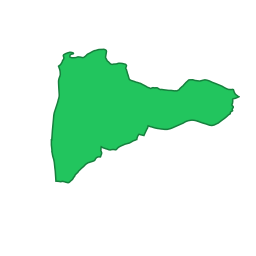 Tandahimba, Mtwara, United Republic of Tanzania (Mercator projection), rotated 114°
{"feature_id": "72390352B76468761426294", "entity_name": "Tandahimba", "entity_type": "district", "adm_level": 2, "iso_a3": "TZA", "parent_name": "United Republic of Tanzania", "parent_adm1": "Mtwara", "projection": "mercator", "projection_center": [39.541, -10.663], "detail": "fine", "context": "isolated", "style": "filled", "palette": "green", "viewbox_px": 256, "rotation_deg": 114, "n_neighbors": 0, "source": "geoboundaries", "source_scale": "gbopen_adm2", "svg_char_len": 5661}
<svg xmlns="http://www.w3.org/2000/svg" viewBox="0 0 256 256"><g transform="rotate(114 128 128)"><path d="M54.5,39.4L54.3,39.4L54.4,39.8L54.3,40.4L53.7,42.8L53.4,43.6L53.0,44.4L52.3,45.2L51.5,46.1L51.1,46.4L50.1,47.3L50.2,48.2L50.4,48.5L50.9,49.3L51.7,51.4L51.9,51.9L52.0,52.6L52.0,54.7L51.9,56.1L51.8,57.4L51.6,58.6L51.6,59.6L51.6,61.0L51.8,66.6L52.0,69.5L51.9,72.9L52.2,75.3L52.5,76.6L52.9,77.6L54.0,79.1L55.8,81.4L56.0,81.7L56.1,82.0L56.4,83.1L56.7,84.0L56.9,84.8L57.4,86.4L57.4,87.1L57.6,88.5L58.6,90.6L59.1,91.6L59.5,92.1L61.2,92.8L62.7,93.5L63.9,93.9L65.5,94.4L66.0,94.6L67.2,94.9L68.0,95.4L69.9,96.2L70.5,96.5L72.2,96.9L72.7,97.1L73.1,97.6L73.7,98.0L74.1,98.4L74.6,99.2L74.7,99.8L75.1,100.4L75.6,102.1L76.1,103.8L77.0,105.9L77.3,106.7L77.8,108.5L78.0,109.1L78.5,110.7L78.8,111.9L79.0,112.6L79.2,113.1L79.3,113.5L79.7,113.9L79.7,114.2L79.8,114.9L79.7,115.6L79.6,116.2L79.4,117.3L79.5,118.0L79.8,118.5L80.0,119.1L80.4,119.6L80.6,120.0L80.6,120.5L81.1,121.8L81.5,122.3L82.6,123.2L82.7,123.6L82.7,124.5L82.7,125.2L82.7,125.7L82.9,126.3L82.9,126.6L82.6,128.3L82.5,130.0L82.4,130.8L82.4,132.0L82.2,134.0L82.2,135.2L82.4,136.1L82.5,137.7L82.7,138.5L82.8,139.1L82.9,140.3L82.9,141.2L83.2,143.7L83.3,144.4L83.2,145.6L83.1,146.4L82.4,147.2L80.7,148.6L79.6,149.5L78.7,150.4L77.6,151.3L76.7,152.0L76.2,152.5L75.3,153.2L75.0,153.6L74.6,154.3L74.3,154.5L74.0,154.6L73.0,154.5L71.7,154.7L71.4,154.9L71.2,155.3L71.0,155.7L70.8,156.1L71.3,159.2L71.7,160.5L72.1,161.6L72.5,162.6L73.1,163.5L73.9,164.2L74.1,164.6L74.5,165.2L75.1,166.4L75.5,167.2L75.9,167.6L76.3,168.3L76.5,168.9L76.6,169.9L76.5,170.4L75.8,172.0L75.6,172.6L75.4,173.0L75.3,173.9L74.9,174.6L73.8,175.8L73.5,176.4L72.8,177.1L72.5,177.3L71.0,177.7L68.6,178.3L67.2,178.7L66.8,178.8L66.4,179.1L66.1,179.4L65.8,180.1L65.8,181.0L65.9,182.1L66.9,183.9L67.3,184.8L68.0,186.3L68.5,187.0L70.4,189.2L70.9,190.0L71.6,190.7L72.4,191.4L75.1,193.4L77.0,195.0L77.6,195.3L78.8,195.7L80.1,196.3L81.2,196.9L81.7,197.4L81.9,197.7L82.2,198.2L82.3,198.8L82.6,200.3L82.9,201.2L83.1,201.9L83.3,202.4L83.7,203.1L84.3,203.6L85.1,204.6L86.1,206.6L86.7,207.9L86.8,208.9L86.8,209.5L86.8,209.9L86.6,210.1L86.2,210.3L85.7,210.5L85.2,210.5L84.7,210.5L84.4,210.4L83.5,209.6L83.2,209.3L83.1,209.0L82.8,208.6L82.4,208.2L82.0,208.2L81.8,208.5L81.7,208.9L81.8,209.7L82.0,210.6L82.3,211.6L82.6,212.2L83.1,212.7L84.0,213.8L85.2,215.0L85.8,215.5L86.8,216.2L87.2,216.5L87.7,216.6L88.0,216.6L88.3,216.5L89.2,215.8L89.6,215.3L90.1,215.0L90.9,214.9L91.5,214.8L92.0,214.9L92.3,215.1L92.6,215.1L93.2,215.2L93.7,215.1L94.7,215.0L95.5,215.1L96.8,215.3L97.7,215.5L98.2,215.7L98.6,216.0L99.8,216.6L100.6,215.8L101.8,214.7L103.2,213.5L104.3,212.8L105.3,212.3L106.7,211.6L107.6,211.4L108.3,211.3L110.0,211.2L111.1,211.1L112.6,210.8L113.7,210.4L115.0,209.8L118.6,208.0L125.1,204.6L126.4,204.0L127.6,203.6L128.7,203.4L129.3,203.3L130.4,203.2L131.9,202.9L134.0,202.6L143.7,201.6L145.2,201.3L146.4,201.0L147.1,200.8L150.5,199.6L160.6,196.2L169.9,192.8L170.0,193.2L171.3,192.6L174.7,191.1L177.9,189.2L179.3,188.4L180.4,188.0L181.4,187.3L181.9,186.9L182.9,186.3L184.7,185.0L186.4,183.5L187.0,183.0L188.3,182.1L189.3,181.4L193.5,179.0L197.0,176.9L205.9,172.2L205.6,171.6L205.3,170.5L204.9,169.5L204.5,167.8L204.2,167.2L203.9,166.9L203.5,166.5L203.5,166.2L203.2,165.7L203.2,165.4L202.9,164.0L202.9,163.3L202.7,162.3L202.6,161.4L202.5,161.0L202.3,160.4L202.0,160.0L201.8,159.8L200.9,159.3L200.5,159.2L199.4,158.7L198.7,158.3L197.7,157.9L197.1,157.7L195.3,157.6L194.8,157.5L194.4,157.2L194.0,157.1L193.3,157.2L192.6,157.2L191.9,157.0L190.5,156.5L189.0,155.8L188.1,155.7L186.9,155.4L185.8,154.9L184.7,154.5L183.5,154.0L182.1,153.3L181.0,152.8L179.8,152.4L179.0,152.1L177.7,151.5L177.2,151.1L176.3,150.6L175.9,150.2L175.3,149.5L174.8,149.0L173.4,147.4L172.7,146.6L171.5,145.5L171.1,145.4L170.8,145.2L170.2,145.1L169.8,145.2L169.0,145.0L168.5,144.9L168.0,144.7L167.4,144.3L166.7,143.7L166.3,143.1L166.0,142.5L165.8,141.8L165.6,141.4L165.3,141.4L164.5,141.5L163.4,141.6L162.5,141.6L161.8,141.8L161.3,142.0L160.9,142.4L160.2,143.0L159.9,143.5L159.6,143.8L159.2,143.8L158.5,144.0L157.6,144.4L156.0,144.8L156.2,143.5L156.2,142.6L156.1,141.6L156.0,141.0L156.0,140.2L155.9,139.5L155.8,138.8L155.7,137.8L155.7,137.0L155.5,136.0L155.2,135.2L154.7,134.6L153.9,133.3L153.6,132.7L152.9,130.3L152.7,130.1L152.1,129.8L150.6,129.3L149.8,129.0L149.3,128.7L148.9,128.4L147.8,127.6L146.0,126.0L145.2,125.2L144.2,124.4L141.2,120.7L140.1,119.8L139.4,119.3L137.6,118.0L136.0,116.3L135.0,115.5L134.9,115.3L134.3,115.5L133.1,115.7L132.2,115.8L131.0,115.8L129.8,115.6L129.3,115.5L129.2,115.2L129.1,114.2L128.7,112.2L128.4,110.4L128.2,110.4L127.3,110.4L125.9,110.4L121.3,110.3L120.3,110.1L119.6,110.2L118.9,110.3L118.3,110.5L117.8,110.5L117.8,110.0L117.7,109.1L117.7,108.3L117.4,107.0L117.1,104.2L116.8,102.6L116.4,100.8L116.0,99.5L115.4,97.2L114.9,95.8L114.3,93.8L114.0,93.2L113.3,91.6L113.0,91.2L112.7,90.8L111.4,89.1L109.8,87.5L102.6,81.0L101.1,79.6L99.6,78.6L98.3,77.5L96.8,75.9L96.0,74.7L95.4,73.8L94.8,72.8L94.1,70.8L93.8,69.5L93.4,67.1L93.5,67.1L93.4,66.2L93.3,64.8L93.0,61.3L92.7,59.4L92.6,58.6L92.5,57.9L92.5,57.6L92.4,56.1L92.3,54.9L92.0,53.7L91.6,52.4L90.2,50.5L89.0,49.5L87.7,48.4L87.4,48.1L86.7,47.5L85.7,47.0L81.9,44.9L80.4,44.0L78.7,43.1L76.5,42.1L75.2,41.6L74.3,41.0L73.6,40.5L73.3,40.4L73.1,40.5L72.8,40.6L72.3,40.8L71.8,40.8L71.4,40.6L70.1,39.7L69.8,39.5L69.4,39.6L69.0,40.1L68.6,40.4L68.0,40.5L67.4,40.4L66.6,40.2L66.3,40.3L66.0,40.4L65.6,40.7L65.4,41.2L65.2,41.6L65.2,42.0L64.3,42.6L64.1,42.6L63.7,42.6L62.9,42.6L62.5,42.7L61.9,42.9L60.6,43.3L59.9,43.7L59.4,44.1L58.7,44.0L57.3,42.1L56.4,41.2L54.6,39.6L54.5,39.4Z" fill="#22c55e" stroke="#15803d" stroke-width="1.5"/></g></svg>